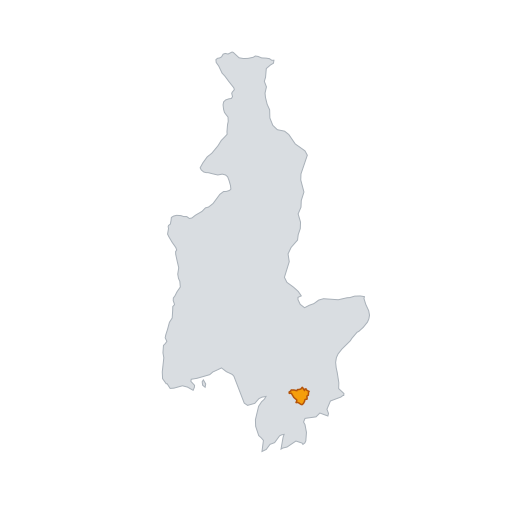 Rinsan, Hwanghae-bukto, North Korea (highlighted), rotated 313°
{"feature_id": "82179303B26506354510144", "entity_name": "Rinsan", "entity_type": "district", "adm_level": 2, "iso_a3": "PRK", "parent_name": "North Korea", "parent_adm1": "Hwanghae-bukto", "projection": "natural_earth1", "projection_center": [126.038, 38.316], "detail": "fine", "context": "in_parent", "style": "filled", "palette": "amber", "viewbox_px": 512, "rotation_deg": 313, "n_neighbors": 0, "source": "geoboundaries", "source_scale": "gbopen_adm2", "svg_char_len": 4460}
<svg xmlns="http://www.w3.org/2000/svg" viewBox="0 0 512 512"><g transform="rotate(313 256 256)"><path d="M300.2,363.0L298.5,364.0L295.5,369.2L292.8,375.8L290.1,379.4L287.0,381.4L283.7,382.6L277.0,383.1L271.0,382.6L269.1,381.9L260.8,382.3L258.5,382.8L246.6,382.3L240.4,382.8L236.5,384.1L232.5,386.8L229.0,390.8L226.0,395.1L219.8,403.0L215.4,406.9L215.4,412.4L215.4,414.1L213.8,415.3L213.3,414.7L210.8,414.3L200.7,409.3L192.3,412.4L190.3,416.4L188.0,417.7L184.7,409.8L179.3,409.6L170.7,402.6L167.0,404.0L166.1,406.8L161.4,413.2L154.8,418.5L152.6,419.2L150.2,418.8L150.6,417.3L147.9,411.4L137.5,409.0L133.7,406.5L131.8,406.0L142.0,399.4L144.7,398.2L142.7,396.7L140.5,395.9L132.2,396.9L127.8,394.7L121.5,395.4L117.1,393.7L126.2,387.2L126.6,383.4L126.5,380.5L131.2,371.9L135.9,367.2L147.9,360.4L153.2,359.5L157.0,359.8L160.1,359.1L156.8,356.6L153.6,355.4L147.4,355.6L141.0,351.7L140.4,347.7L153.0,321.8L153.2,319.5L151.2,313.2L150.6,307.1L141.7,303.5L137.7,303.1L126.2,296.2L121.7,292.7L119.9,293.8L119.5,299.3L117.9,300.5L114.9,301.6L113.4,295.3L110.9,290.7L103.4,286.1L100.6,283.5L102.0,278.0L101.3,277.5L102.6,271.3L107.3,266.5L118.7,258.0L121.7,254.0L127.5,249.3L130.1,249.4L132.8,249.0L133.6,247.0L134.2,245.4L136.6,243.9L142.1,241.3L148.5,237.9L153.5,237.0L159.7,231.9L162.3,229.6L164.8,229.6L165.5,228.6L166.9,225.9L168.9,224.2L171.6,223.9L176.1,222.6L181.7,221.8L185.5,217.6L186.8,214.5L189.4,211.1L194.7,207.5L198.4,202.0L202.5,196.1L204.4,194.2L206.3,193.9L207.5,191.6L208.8,185.4L210.6,179.3L211.7,176.4L216.4,173.3L217.6,171.7L218.7,171.2L220.9,171.6L223.8,169.8L226.5,167.8L229.0,168.5L231.6,170.2L234.3,173.5L235.5,176.2L237.6,178.5L238.0,181.7L240.1,183.2L244.6,183.9L251.9,186.1L256.7,186.2L259.4,187.9L265.1,188.8L276.4,187.5L281.0,188.3L283.0,190.3L285.9,191.9L287.8,192.0L290.2,189.2L292.9,184.7L294.6,181.2L294.5,178.5L292.9,175.5L289.2,172.8L286.7,168.5L284.3,164.1L283.0,162.7L281.8,160.5L281.6,157.3L282.4,155.0L288.0,153.6L295.2,152.7L301.1,153.6L310.8,153.0L316.8,151.8L321.2,151.9L325.3,151.9L327.1,150.0L332.8,145.5L335.5,143.9L338.5,140.8L339.0,137.6L339.5,135.0L341.2,132.2L344.1,128.8L346.7,127.2L349.5,127.4L352.5,129.0L354.4,130.6L356.6,130.1L358.3,127.4L359.5,126.9L362.9,126.7L363.9,125.0L365.1,117.1L366.3,110.8L366.6,106.5L369.5,99.2L370.4,94.9L372.2,92.8L374.3,93.0L376.0,94.3L378.2,95.0L381.2,94.3L383.2,95.4L384.6,97.8L388.9,99.4L389.4,100.6L389.4,108.4L391.8,112.1L395.1,115.4L399.5,118.5L401.8,119.1L403.3,121.3L404.7,125.0L407.8,128.7L409.5,131.3L409.9,134.1L411.4,135.6L408.9,137.3L405.6,136.3L400.1,135.7L393.2,141.1L389.4,143.0L386.8,148.3L381.3,151.5L378.4,154.8L374.6,160.6L372.2,166.3L366.4,172.0L363.0,179.2L362.9,185.4L366.8,191.8L367.2,197.2L364.7,208.3L366.3,220.1L364.7,224.8L346.7,232.9L342.1,236.9L335.5,247.4L327.4,251.3L322.4,255.6L315.5,258.1L311.1,265.5L306.2,269.7L300.4,272.3L296.0,275.5L286.3,275.8L279.4,278.0L274.5,284.2L259.8,291.3L257.8,296.6L258.8,304.8L258.9,311.1L257.7,316.3L254.4,314.9L252.7,316.5L250.8,321.3L251.3,326.8L256.4,328.6L260.6,330.8L266.5,331.9L270.8,334.5L280.1,346.0L287.6,351.1L289.6,353.0L293.9,355.5L297.9,359.5L300.2,363.0ZM128.1,306.5L125.3,308.3L125.1,305.1L127.3,302.4L129.5,302.0L128.1,306.5Z" fill="#d9dde1" stroke="#a8b0b8" stroke-width="1"/><path d="M182.2,390.8L182.6,390.7L182.9,390.6L183.8,390.0L184.1,389.9L184.5,389.8L184.8,389.9L185.1,390.1L185.7,390.7L186.0,390.9L186.6,390.6L187.2,390.0L187.6,389.4L187.9,389.1L188.2,388.9L188.5,388.8L188.8,388.8L189.4,389.1L189.8,389.2L190.1,389.1L190.7,388.5L191.7,387.8L191.9,387.5L192.3,387.3L193.1,387.1L193.0,386.9L192.9,386.5L192.8,385.9L192.6,385.0L192.3,384.2L192.6,383.7L192.9,383.2L192.6,382.9L192.0,382.5L190.8,382.9L190.9,381.9L191.2,381.0L191.4,380.4L191.6,379.7L191.4,379.4L190.4,379.4L189.7,379.5L189.1,379.4L188.0,378.7L187.3,378.2L186.7,377.5L186.0,377.5L185.4,377.7L184.9,377.0L184.4,376.0L183.6,374.8L183.0,374.3L182.5,373.5L182.0,373.2L181.5,373.2L181.0,373.5L180.2,373.3L179.3,373.0L178.8,373.3L178.3,374.0L178.6,374.5L178.8,374.6L179.1,374.8L179.6,375.2L179.6,376.0L179.2,377.2L178.9,378.2L178.7,379.2L178.4,379.8L178.4,380.8L178.4,381.7L178.5,383.0L178.5,384.0L178.2,384.3L177.5,384.7L177.1,385.0L176.4,385.0L175.9,385.2L175.7,385.2L176.6,385.6L176.9,385.9L177.3,386.5L177.5,386.8L177.7,387.4L178.0,389.3L178.1,389.8L178.2,390.2L178.3,390.5L178.5,390.8L178.8,391.1L179.1,391.2L179.4,391.2L180.1,391.2L180.8,391.2L181.7,390.9L182.2,390.8Z" fill="#f59e0b" stroke="#b45309" stroke-width="1.5"/></g></svg>